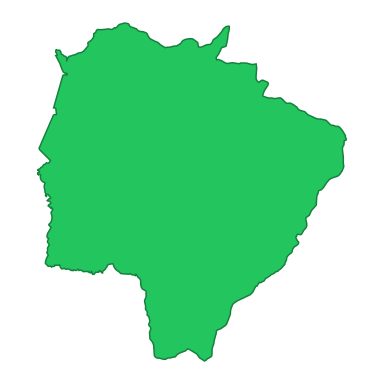 map outline of Mato Grosso do Sul (Robinson projection)
{"feature_id": "BRA-600", "entity_name": "Mato Grosso do Sul", "entity_type": "State", "adm_level": 1, "iso_a3": "BRA", "parent_name": "Brazil", "parent_adm1": "", "projection": "robinson", "projection_center": [-55.435, -20.619], "detail": "fine", "context": "isolated", "style": "filled", "palette": "green", "viewbox_px": 384, "rotation_deg": 0, "n_neighbors": 0, "source": "natural_earth", "source_scale": "10m", "svg_char_len": 5787}
<svg xmlns="http://www.w3.org/2000/svg" viewBox="0 0 384 384"><path d="M48.0,163.2L49.0,162.7L50.5,160.6L39.5,149.6L39.1,148.2L53.4,115.2L54.1,114.7L56.5,114.5L55.8,108.5L55.4,108.0L53.6,107.9L62.8,75.7L63.3,75.1L64.1,74.9L67.1,74.9L67.1,73.8L66.7,73.3L65.1,73.2L63.4,72.1L61.9,69.1L59.7,63.1L55.7,55.5L57.1,55.3L57.1,54.4L55.6,51.7L55.9,50.1L56.4,49.7L57.6,50.2L59.8,50.3L60.9,52.1L61.2,54.1L62.5,54.6L64.5,56.2L65.7,56.5L66.7,57.7L66.9,58.5L66.6,60.0L66.8,60.5L68.3,57.0L69.1,56.4L76.1,54.3L77.4,53.4L78.3,53.1L81.4,52.5L83.4,51.4L87.9,46.2L88.1,45.4L87.9,43.3L88.0,42.6L91.5,40.1L93.3,37.7L93.7,35.8L93.8,33.6L95.7,32.4L96.3,30.6L97.4,29.5L101.2,29.7L107.2,29.1L108.5,28.8L110.5,29.4L112.0,29.4L113.5,28.6L114.3,27.7L115.7,27.9L116.3,27.7L118.5,25.2L119.6,24.4L124.7,23.0L128.0,23.6L128.8,24.2L130.1,26.6L136.4,28.8L137.9,30.5L139.0,31.1L141.5,31.7L142.4,31.5L145.6,32.6L146.6,33.2L147.2,33.9L148.1,36.1L149.8,38.5L153.7,40.7L158.2,42.6L160.3,44.7L165.0,47.6L167.7,47.2L169.5,47.3L173.8,46.1L176.4,46.1L180.8,43.4L182.2,41.2L183.4,40.3L185.7,39.3L189.6,38.7L192.1,38.8L193.1,39.1L197.6,42.4L197.9,43.3L198.3,46.1L198.8,46.9L199.2,47.1L201.2,47.2L205.5,45.2L207.5,44.6L210.1,44.5L212.0,42.7L213.5,39.5L216.5,37.5L217.7,36.4L221.7,31.7L223.3,28.9L226.0,26.6L229.0,26.1L229.3,26.5L229.3,29.0L227.9,35.2L227.7,38.5L226.2,45.9L225.5,46.5L222.1,47.5L221.0,48.5L220.5,50.5L219.3,52.4L218.8,53.8L216.5,56.8L216.1,58.2L216.6,59.8L218.1,59.5L221.2,60.5L225.6,63.1L227.2,63.5L232.5,62.7L238.6,63.7L239.9,63.5L240.4,63.0L246.1,63.0L252.2,64.6L256.1,63.9L256.7,67.8L256.0,77.5L256.2,79.1L257.0,80.7L257.9,81.7L258.9,82.2L261.6,80.3L262.9,80.2L267.7,82.3L268.3,83.3L267.9,85.2L264.5,90.5L262.9,94.5L262.8,95.8L263.9,96.6L268.6,98.0L271.6,98.0L274.8,98.6L279.9,97.8L280.5,97.9L282.2,99.1L285.9,102.9L287.3,103.3L290.1,103.1L291.2,103.5L293.7,104.8L296.9,107.2L298.5,109.6L300.9,110.6L304.8,111.7L307.8,114.7L316.3,118.6L318.8,119.1L320.6,119.0L325.4,120.1L326.4,120.6L330.1,124.4L331.1,125.1L333.9,125.5L335.8,126.4L337.9,126.3L338.9,126.7L340.1,127.8L342.3,130.4L345.4,135.6L345.3,136.7L346.4,139.3L345.8,140.3L344.7,140.5L344.2,141.0L344.0,144.1L343.8,145.2L342.8,146.6L342.5,148.0L342.4,149.4L343.3,156.8L343.3,162.9L343.8,166.5L342.2,170.8L339.7,174.5L337.6,176.2L332.0,178.0L329.5,179.4L327.1,182.1L323.6,187.3L321.4,189.8L319.4,190.3L318.6,190.9L317.8,194.1L316.8,196.0L316.3,204.7L315.9,205.6L311.4,210.6L309.4,215.2L306.6,217.2L306.0,217.9L305.8,219.2L306.7,223.4L306.8,225.5L306.1,227.7L303.5,230.6L301.9,233.7L301.2,234.4L300.5,234.7L298.3,234.3L297.4,234.4L296.9,235.2L296.7,236.2L296.0,236.5L295.9,237.9L297.7,241.3L298.2,241.5L298.6,242.1L298.5,243.6L297.0,245.2L293.9,247.2L292.5,249.6L292.1,251.7L291.5,252.8L289.6,254.1L287.4,256.3L286.9,257.1L286.4,260.0L285.1,262.8L284.7,264.5L280.6,269.0L279.2,269.8L277.7,271.3L276.0,271.7L273.8,273.5L271.4,274.5L269.4,276.2L265.4,278.7L264.3,280.7L261.1,282.4L260.3,282.7L259.7,282.7L259.3,282.4L259.0,282.6L257.1,286.0L255.6,286.5L253.0,291.8L250.4,294.6L237.2,300.9L234.1,303.0L232.7,304.4L231.1,308.3L230.6,310.2L230.3,314.5L226.7,323.8L225.5,325.4L220.9,328.6L217.2,330.1L216.4,331.1L216.2,333.3L214.2,340.6L213.8,343.6L212.5,347.4L212.1,349.4L212.0,353.8L211.7,356.0L210.8,356.9L207.4,358.8L206.2,360.0L204.5,361.0L199.4,357.7L197.0,354.2L196.2,353.6L189.0,349.2L187.8,348.8L185.4,350.9L179.9,352.9L177.1,354.6L175.6,356.5L174.9,357.0L172.8,357.2L170.7,357.9L168.1,357.9L165.5,359.3L164.0,359.4L159.6,358.2L157.0,358.0L155.7,357.3L154.7,356.2L154.3,355.0L153.7,345.5L152.7,342.4L150.0,339.0L149.5,332.2L150.7,329.4L150.7,327.9L150.3,327.0L149.0,325.5L148.7,324.4L149.8,321.3L149.8,320.5L148.7,316.4L147.6,315.6L147.1,315.0L147.3,312.4L147.1,311.4L145.5,309.3L145.6,305.9L144.7,302.1L144.6,300.3L145.9,297.4L146.3,295.7L145.9,294.1L146.2,292.5L146.1,291.5L145.8,290.9L142.9,289.3L141.8,288.1L141.1,286.5L140.8,284.7L140.6,280.5L140.3,279.3L138.1,277.4L136.0,274.3L135.4,275.6L134.6,275.1L132.0,274.8L130.1,273.7L129.0,274.2L120.9,273.6L119.0,271.8L116.6,270.2L115.3,268.9L114.3,267.3L113.1,264.3L112.7,263.7L108.3,264.5L107.5,265.4L106.5,267.5L105.9,268.0L105.2,269.4L102.2,271.7L102.7,272.6L102.5,273.0L101.8,272.8L100.3,271.0L99.6,270.6L98.9,272.0L98.4,272.3L98.0,272.0L96.6,272.4L95.7,272.2L94.2,274.2L93.6,274.4L92.6,274.3L92.1,272.4L91.6,271.7L91.1,272.9L90.0,272.5L89.2,272.6L89.0,272.4L89.0,271.6L88.5,271.9L87.0,271.5L85.0,271.5L83.9,271.7L82.9,271.5L82.6,271.0L81.0,270.2L80.3,270.1L79.0,270.5L78.4,269.3L77.8,269.4L76.8,270.4L76.0,270.5L73.4,270.0L73.1,270.7L71.6,270.2L71.1,270.5L69.7,269.5L67.8,268.9L65.8,269.3L64.4,268.4L62.1,268.9L61.4,268.7L60.3,267.1L59.7,265.2L59.3,265.0L58.2,265.4L56.2,265.1L55.3,265.5L54.6,265.3L54.5,266.1L53.7,266.5L52.8,266.3L51.6,267.1L50.4,266.0L48.9,266.4L47.5,265.8L46.6,264.4L45.5,263.7L45.5,261.7L46.5,258.4L48.1,255.3L47.8,254.2L46.8,252.7L47.6,250.8L47.5,248.0L49.3,244.7L47.6,242.3L47.4,241.5L48.6,238.5L47.4,237.8L47.0,236.9L47.0,235.8L47.8,233.1L50.6,228.3L50.9,227.1L49.8,226.3L48.8,224.9L48.9,224.3L50.3,223.0L51.3,221.4L51.8,219.3L52.0,217.0L51.7,214.8L51.1,213.3L51.0,212.6L52.2,210.7L52.6,209.6L52.5,208.5L51.7,207.7L51.5,208.6L51.2,208.6L49.3,206.6L48.3,206.1L48.2,205.6L48.6,204.9L50.8,203.4L50.7,202.5L49.5,201.2L47.5,200.9L47.2,200.6L49.0,198.8L49.9,198.6L50.7,198.0L50.6,197.5L49.3,196.3L48.7,195.0L48.1,194.5L47.5,194.4L46.9,194.8L46.5,196.5L46.2,196.5L45.5,195.6L45.8,193.6L45.0,192.1L44.9,189.8L44.4,188.6L44.2,186.2L44.3,185.2L44.9,183.7L45.1,182.9L42.7,181.7L41.1,180.1L40.4,178.0L40.3,176.8L40.7,175.4L40.5,174.9L39.9,174.4L39.4,174.4L38.7,175.0L37.9,174.4L37.6,173.5L37.9,172.7L39.5,172.1L39.4,171.6L38.7,170.7L37.8,170.4L37.8,169.7L40.1,168.6L40.9,167.5L42.3,166.8L43.6,164.7L45.6,163.9L46.3,162.8L48.0,163.2Z" fill="#22c55e" stroke="#15803d" stroke-width="1.5"/></svg>